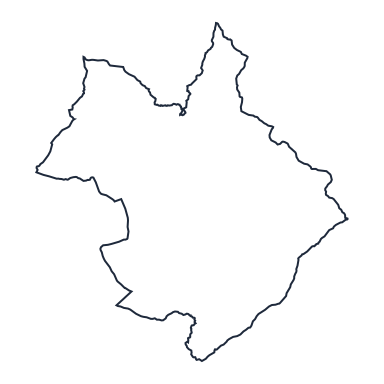 the district of Labranza Grande, Boyacá, Colombia
{"feature_id": "7082276B6465404619249", "entity_name": "Labranza Grande", "entity_type": "district", "adm_level": 2, "iso_a3": "COL", "parent_name": "Colombia", "parent_adm1": "Boyacá", "projection": "mercator", "projection_center": [-72.59, 5.546], "detail": "fine", "context": "isolated", "style": "outline", "palette": "slate", "viewbox_px": 384, "rotation_deg": 0, "n_neighbors": 0, "source": "geoboundaries", "source_scale": "gbopen_adm2", "svg_char_len": 5905}
<svg xmlns="http://www.w3.org/2000/svg" viewBox="0 0 384 384"><path d="M273.2,127.0L271.8,126.3L268.3,125.7L266.1,124.1L264.3,123.3L261.7,121.1L259.5,119.9L257.8,117.6L257.0,117.0L254.6,116.6L253.5,115.6L248.7,114.9L241.4,111.2L240.8,107.0L242.0,102.3L242.3,98.7L242.0,97.5L239.9,96.8L239.6,96.4L239.3,92.6L237.2,89.5L237.0,87.2L237.6,85.4L236.8,84.5L236.2,78.6L237.3,75.5L239.1,73.9L241.2,70.2L243.3,68.4L244.2,67.1L244.7,66.0L244.8,62.6L247.3,58.2L247.6,56.8L245.9,55.6L241.8,54.0L240.8,51.9L236.9,50.0L234.2,47.9L232.1,44.6L231.6,40.5L230.2,39.4L229.4,39.6L227.4,39.1L227.1,38.2L223.7,36.7L222.9,34.5L222.5,30.6L221.0,29.4L220.2,27.7L219.1,26.4L218.0,23.9L217.3,23.3L216.0,23.0L215.8,25.1L215.1,27.7L215.0,29.7L214.2,30.8L213.5,33.0L213.4,36.8L211.8,40.2L211.9,41.2L213.1,43.0L213.2,44.1L212.2,46.8L211.0,47.8L210.5,48.9L208.1,50.4L207.0,52.2L205.5,53.1L205.7,53.8L205.3,54.3L204.9,55.6L205.0,56.6L204.3,58.8L202.8,61.6L202.3,63.4L202.3,64.8L201.1,68.0L202.7,70.4L201.8,73.2L199.6,75.3L197.5,75.4L196.6,76.0L196.3,76.8L196.5,79.1L191.8,83.7L191.2,84.6L189.1,85.2L187.2,86.2L187.6,87.5L187.2,91.0L187.6,91.2L188.5,91.1L189.0,92.4L190.1,93.3L190.4,93.9L188.6,96.1L188.2,99.3L186.3,100.8L186.7,102.1L186.2,107.3L183.4,108.7L183.5,109.4L185.3,112.1L185.5,112.8L184.7,113.4L184.0,114.5L182.7,115.2L180.7,114.6L180.1,114.9L180.1,114.1L180.5,113.6L181.2,113.6L181.4,113.4L181.5,112.5L182.2,111.4L182.3,110.2L182.1,109.6L181.3,108.9L181.5,108.0L180.9,107.3L181.0,106.5L179.9,105.6L179.6,104.7L178.6,104.6L177.9,104.1L176.3,104.7L175.8,104.3L173.8,103.8L172.6,104.4L171.9,105.2L169.1,105.6L167.8,105.3L166.9,105.9L166.4,105.6L165.8,105.7L165.3,105.3L162.6,105.9L161.9,105.4L161.4,105.6L161.0,105.3L160.6,105.9L158.5,105.5L157.5,104.7L156.8,104.9L154.8,104.3L154.6,102.3L155.3,101.2L155.7,98.9L155.0,98.4L154.8,97.8L153.8,97.5L150.5,94.7L150.0,92.4L149.0,91.5L148.7,90.6L148.6,90.0L149.0,89.2L146.2,88.1L144.7,86.0L143.2,85.5L141.8,84.5L140.5,83.0L140.2,81.6L137.4,80.1L134.5,76.7L129.0,74.2L125.5,71.7L124.3,70.1L123.2,67.0L110.1,65.5L108.9,64.1L107.4,61.5L106.3,60.9L103.6,60.1L97.9,60.5L93.7,59.9L92.0,59.8L88.7,60.3L87.3,60.1L85.7,59.4L84.5,57.4L83.5,56.9L83.5,59.0L84.4,63.5L84.6,66.8L87.1,70.9L85.6,77.3L84.5,78.6L83.2,83.2L84.5,87.0L84.0,88.6L84.5,89.7L83.5,90.7L83.3,91.2L83.9,92.1L84.0,93.4L83.2,93.8L82.0,96.4L80.0,97.8L76.9,101.6L74.3,104.2L72.7,105.3L72.5,106.5L72.7,107.7L72.3,109.5L69.0,110.1L70.3,115.9L72.6,117.4L73.8,119.1L74.3,119.2L73.3,119.8L72.2,121.1L69.4,126.3L67.5,127.6L62.3,130.1L60.4,132.2L58.3,135.2L57.9,135.2L55.8,137.1L54.1,139.1L51.2,143.0L52.2,144.3L50.3,151.4L48.2,155.3L43.0,162.3L40.4,164.1L39.4,165.7L38.6,166.2L37.1,166.4L36.6,167.1L36.6,168.1L37.6,169.9L36.4,172.3L43.5,174.9L49.0,176.3L56.7,178.7L58.2,178.6L59.6,178.9L61.5,179.0L63.9,179.7L65.7,179.1L67.4,179.7L68.0,179.6L70.3,178.0L73.3,177.2L75.9,176.9L76.8,177.1L78.3,178.2L79.7,178.4L83.5,180.9L86.1,180.6L87.6,179.9L88.7,180.0L89.9,179.7L90.6,178.1L91.2,177.6L92.2,177.3L93.4,177.6L95.8,182.3L99.1,191.5L100.8,193.6L102.1,194.2L106.4,195.3L112.3,199.1L113.7,200.2L114.6,201.5L121.2,199.1L125.3,208.7L127.8,217.8L128.0,220.5L127.6,227.0L128.5,231.5L127.5,238.4L127.2,238.9L125.6,239.6L123.8,239.6L119.1,241.7L111.6,243.9L108.0,244.8L103.1,245.3L101.0,247.2L100.4,248.8L100.6,250.0L101.8,252.3L102.7,255.9L103.8,258.6L105.0,260.9L109.8,267.2L111.7,271.3L114.1,274.2L116.8,280.4L117.5,281.4L121.1,284.4L124.7,288.0L125.1,287.9L129.1,290.5L131.5,291.5L116.5,305.3L117.8,306.0L120.6,306.5L123.9,307.9L128.1,308.6L130.3,309.6L136.1,313.8L141.0,316.2L143.3,316.8L146.7,317.3L151.0,318.9L152.6,318.9L154.8,318.3L156.9,319.7L159.3,319.7L161.5,320.4L163.1,320.3L165.7,318.4L166.6,316.3L168.3,314.8L171.5,313.3L173.1,312.1L175.0,311.5L177.9,311.8L179.1,313.1L181.7,313.7L183.4,315.0L185.3,314.5L186.7,313.7L188.0,313.9L188.6,314.2L189.6,315.4L190.7,315.4L190.8,316.2L192.1,316.6L192.7,317.6L194.4,317.8L194.8,318.2L194.4,319.7L195.2,320.7L194.5,322.0L195.6,323.3L194.6,323.9L193.7,325.2L191.9,325.4L191.5,325.9L190.8,327.9L191.4,328.9L191.1,329.9L191.7,332.5L191.4,333.2L190.7,333.6L190.2,334.7L190.2,337.0L189.7,337.6L188.5,337.8L188.0,338.2L188.3,340.2L188.1,342.3L187.3,341.7L185.5,343.0L185.7,344.5L186.7,345.8L187.0,347.2L188.7,349.1L191.3,350.5L191.6,352.7L191.2,354.3L192.8,356.8L193.4,357.3L195.3,357.2L196.2,359.5L196.7,359.9L199.2,359.2L201.9,361.0L205.8,358.8L207.7,356.6L209.4,355.2L214.3,352.4L214.5,350.3L215.1,349.3L215.9,349.7L216.8,349.5L221.0,345.6L223.6,344.6L226.7,341.6L227.3,340.5L229.1,339.1L233.1,336.9L237.2,336.1L240.4,334.5L243.5,331.4L246.0,329.8L248.4,327.8L250.2,327.5L251.4,325.7L252.9,321.3L255.1,319.1L256.6,316.3L258.5,314.0L265.1,309.8L269.0,306.5L271.1,305.4L272.0,305.0L275.5,304.7L278.4,303.7L279.3,303.6L280.0,303.0L286.1,296.0L286.6,293.2L290.2,287.2L290.8,284.4L293.5,280.1L294.2,278.4L294.2,276.5L295.1,274.1L296.3,271.9L296.5,270.5L296.3,269.1L297.5,265.7L298.5,259.8L298.2,258.6L298.6,257.9L301.5,255.5L302.2,254.3L303.4,254.1L307.2,251.5L312.0,246.5L313.3,246.1L314.2,246.3L314.9,245.8L315.2,245.2L315.7,245.0L316.3,244.1L318.3,243.6L318.5,242.6L319.6,241.7L320.9,239.0L322.1,237.9L324.5,236.4L329.2,230.1L333.1,228.3L333.9,226.6L335.9,224.9L340.5,222.5L342.2,222.3L345.7,219.7L347.1,219.5L347.6,219.0L347.5,218.5L345.2,217.8L345.1,215.1L344.6,214.0L343.8,213.0L342.4,212.3L341.2,209.7L339.3,208.3L338.2,204.8L333.6,199.0L332.1,198.1L329.2,197.6L328.1,196.2L326.0,194.8L325.8,193.6L326.1,191.7L325.2,190.1L325.3,188.5L327.0,186.3L327.9,184.6L330.8,182.1L331.8,179.8L330.7,175.3L330.1,174.3L326.5,171.2L318.1,170.2L315.8,168.9L311.9,169.0L311.2,168.5L310.9,167.2L310.2,166.4L307.6,164.4L304.1,163.7L298.7,160.7L296.5,157.0L296.0,153.8L295.4,152.4L289.1,146.8L287.9,144.0L287.5,143.5L284.6,142.0L282.9,141.6L282.1,141.9L280.1,143.9L277.6,144.5L275.7,142.5L271.3,140.3L269.7,137.5L269.5,135.0L271.7,129.4L273.0,127.8L273.2,127.0Z" fill="none" stroke="#1e293b" stroke-width="2"/></svg>